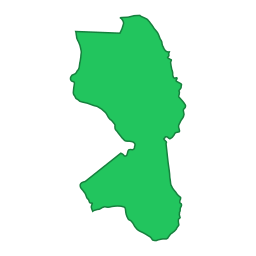 outline of Magdalena, Intibucá, Honduras
{"feature_id": "27666195B97095820119427", "entity_name": "Magdalena", "entity_type": "district", "adm_level": 2, "iso_a3": "HND", "parent_name": "Honduras", "parent_adm1": "Intibucá", "projection": "mercator", "projection_center": [-88.37, 13.92], "detail": "fine", "context": "isolated", "style": "filled", "palette": "green", "viewbox_px": 256, "rotation_deg": 0, "n_neighbors": 0, "source": "geoboundaries", "source_scale": "gbopen_adm2", "svg_char_len": 5761}
<svg xmlns="http://www.w3.org/2000/svg" viewBox="0 0 256 256"><path d="M75.7,31.5L76.0,32.4L76.1,33.2L76.3,34.9L76.6,36.7L76.7,37.9L77.8,40.6L78.0,40.8L78.6,42.0L80.0,45.5L80.5,47.7L80.9,49.6L81.2,51.0L81.3,52.5L81.0,54.6L80.8,57.1L80.2,61.2L79.8,62.9L79.2,67.4L79.0,68.0L78.7,68.8L78.5,69.3L78.1,69.9L77.8,70.2L77.2,70.9L76.4,72.4L76.0,73.0L75.6,73.3L75.1,73.8L74.7,74.0L72.0,75.2L70.7,77.2L70.5,78.0L70.5,78.6L70.5,79.2L70.8,79.9L71.1,80.5L71.5,80.9L72.0,81.2L72.7,81.5L73.4,81.7L73.8,81.9L74.2,82.3L74.4,82.9L74.4,83.8L73.7,88.2L73.4,91.3L73.3,92.7L73.4,93.3L73.5,94.0L73.8,94.7L74.1,95.2L74.8,96.1L75.5,97.6L75.9,98.3L76.2,98.6L78.3,99.9L79.7,101.2L80.8,101.6L82.6,102.1L85.2,102.7L87.4,103.2L93.4,105.4L94.4,105.7L96.1,106.1L97.2,106.4L97.9,106.8L101.8,109.2L102.4,109.8L104.9,112.0L105.8,112.9L106.8,114.4L108.4,117.3L109.3,118.5L110.2,119.5L111.3,120.2L111.8,120.7L114.4,123.9L114.8,124.5L115.0,125.2L115.0,125.7L114.9,126.8L115.0,127.7L115.1,128.7L115.3,129.1L115.6,129.7L116.1,130.3L117.2,131.5L118.3,133.1L119.1,134.1L120.8,136.2L121.9,137.7L123.2,139.0L124.4,140.3L124.7,140.5L125.2,140.8L125.9,141.0L126.8,141.1L127.7,141.2L129.5,141.2L131.2,141.5L132.2,141.7L133.0,142.0L133.9,142.6L134.6,143.4L134.9,144.0L135.0,144.7L135.0,145.4L134.8,145.9L134.6,146.5L134.4,148.1L134.3,148.5L134.1,148.7L133.5,149.3L133.1,149.5L132.8,149.7L131.9,149.7L130.6,149.5L130.0,149.6L129.3,149.7L128.9,149.8L128.7,150.0L128.3,150.5L128.0,151.1L127.2,154.0L126.9,154.9L126.6,155.4L126.2,155.7L125.7,156.0L125.3,156.1L125.0,156.1L124.6,156.0L124.1,155.7L123.8,155.3L123.4,154.8L122.8,154.3L121.9,153.7L120.8,153.2L85.2,181.5L84.0,181.8L82.4,182.4L81.8,182.7L81.3,183.1L80.9,183.5L80.6,183.9L80.4,184.3L80.2,184.8L80.2,185.4L80.2,186.0L80.4,186.7L80.5,187.2L80.9,188.0L81.5,188.8L82.1,189.5L83.0,190.5L83.8,191.7L84.5,192.5L85.0,193.2L85.4,194.0L85.8,194.9L86.6,197.2L86.9,197.8L87.2,198.3L87.5,198.7L87.8,199.0L88.2,199.1L88.4,199.4L88.9,200.5L89.4,202.0L89.8,202.6L90.0,202.8L90.3,203.0L91.2,203.0L91.9,203.2L92.3,203.3L92.3,203.5L92.0,204.3L91.4,206.1L91.3,206.8L91.3,207.3L91.8,209.0L92.2,210.0L92.7,211.3L93.7,210.6L95.2,210.1L97.3,209.5L97.9,209.4L98.9,209.3L99.6,209.1L100.9,208.4L102.1,207.6L104.7,206.7L107.3,207.2L108.4,207.2L109.9,207.0L111.5,206.6L112.8,206.4L115.5,206.1L117.5,206.0L119.8,206.1L121.0,206.2L122.2,206.5L123.7,206.9L124.4,207.2L124.7,207.4L125.0,207.8L125.2,208.4L125.4,209.0L125.8,212.4L126.2,214.4L126.6,215.5L126.9,216.4L127.7,218.0L128.1,218.8L128.4,219.3L129.0,219.8L129.4,220.0L130.1,220.3L130.5,220.5L131.3,221.2L131.8,221.8L133.0,223.3L134.7,226.4L136.8,229.0L137.7,229.8L138.7,230.5L140.1,231.3L142.9,232.6L145.8,234.2L147.2,235.1L149.0,236.2L149.7,236.6L150.5,237.2L150.9,237.6L152.5,239.9L152.8,240.1L154.4,240.5L155.8,240.6L156.6,240.5L157.6,240.0L158.4,239.8L161.0,239.2L163.1,238.9L166.2,238.9L166.4,238.9L167.7,238.2L167.9,237.7L170.6,234.0L172.1,233.0L173.3,232.0L174.4,231.2L175.4,230.1L176.3,229.1L176.5,228.8L176.7,228.1L176.9,227.8L177.5,226.9L178.3,225.9L178.7,225.3L178.8,225.0L178.8,224.4L178.7,223.9L178.5,223.1L178.4,221.9L178.3,221.0L178.4,219.9L178.5,219.4L178.8,218.8L179.5,218.3L180.1,217.7L179.3,214.8L179.3,214.0L179.5,213.2L179.4,212.6L180.1,210.9L180.2,208.8L180.4,208.0L180.6,207.4L181.1,206.6L181.3,206.0L181.5,205.4L181.5,204.8L181.4,204.3L181.2,203.8L180.9,203.6L180.2,203.1L179.9,202.7L179.7,202.3L179.9,200.4L180.3,199.7L180.5,199.1L180.6,198.6L180.6,197.4L178.4,195.6L177.1,194.2L175.6,192.0L173.9,190.0L172.6,188.2L170.9,184.8L170.6,183.3L170.3,180.5L169.8,177.4L169.6,173.9L169.2,170.4L168.1,162.6L167.4,156.3L166.0,143.3L166.2,143.0L166.4,142.8L166.4,142.2L166.3,141.9L166.2,141.7L164.0,139.4L163.9,139.2L163.8,138.9L163.9,138.7L164.0,138.5L164.6,138.1L164.8,137.9L165.0,137.6L165.1,137.2L165.5,136.8L166.0,136.7L166.6,136.8L167.3,137.0L167.7,137.2L168.5,138.0L169.3,138.5L169.8,138.8L170.1,138.7L171.4,137.9L172.1,137.4L172.4,137.1L173.9,135.2L174.2,134.7L174.7,133.7L175.1,133.2L175.3,132.9L175.7,132.7L176.3,132.5L178.8,131.9L179.3,131.7L179.5,131.2L179.5,130.6L179.2,129.3L178.7,127.6L178.6,127.1L178.6,126.1L178.7,125.1L179.0,124.5L180.9,120.6L182.7,118.0L183.2,117.1L183.5,116.4L183.8,115.2L184.0,114.3L183.4,111.0L183.3,110.4L183.4,109.9L183.5,109.5L183.9,109.0L184.1,108.6L184.6,108.2L185.1,107.6L185.4,106.8L185.5,106.1L185.5,105.6L185.2,104.8L184.8,104.2L183.9,102.8L182.8,101.4L180.0,98.2L179.0,97.2L178.8,96.8L178.7,96.3L178.8,95.9L178.8,95.4L179.2,94.3L179.4,92.5L179.4,92.0L179.3,91.7L179.0,91.3L178.9,90.9L179.1,90.6L179.4,90.0L179.7,89.6L180.4,88.8L180.9,88.0L181.1,87.4L181.2,86.0L181.5,84.9L181.5,84.5L181.3,84.1L180.7,83.6L177.0,81.6L176.4,81.2L176.1,80.9L176.1,80.4L176.3,79.8L176.4,79.5L176.9,79.0L177.0,78.7L177.0,78.2L176.9,78.0L176.8,77.8L176.6,77.7L176.1,77.8L174.6,78.2L174.4,78.2L173.7,77.6L173.4,77.3L173.2,76.9L172.7,75.0L172.7,73.1L172.6,72.2L172.2,70.6L171.7,69.3L171.5,68.1L171.1,66.2L170.7,63.4L170.6,62.3L170.9,61.3L171.3,60.5L171.3,60.2L171.3,59.9L171.1,59.7L170.9,59.6L169.9,59.2L168.5,58.4L167.9,57.9L167.7,57.7L167.6,57.4L167.8,57.1L168.9,55.8L168.9,54.7L168.6,54.0L168.6,53.9L169.3,51.9L168.4,52.0L167.3,51.8L166.8,51.6L166.1,51.2L165.5,50.8L165.2,50.5L164.4,49.3L163.7,48.3L163.5,48.0L163.5,47.3L162.9,46.5L162.5,45.5L162.1,44.1L161.8,42.0L161.6,41.4L161.1,40.4L160.3,39.2L160.0,38.6L158.7,35.1L158.0,33.6L157.5,32.7L156.8,31.7L154.0,28.4L153.4,27.3L151.7,24.8L150.4,23.2L149.3,21.6L149.0,21.3L148.5,20.8L147.8,19.9L146.9,19.1L145.1,18.2L142.2,16.9L140.5,16.1L140.2,15.8L140.0,15.5L139.8,15.4L135.5,15.6L134.1,15.7L128.1,17.2L122.1,17.5L120.7,17.6L120.4,17.9L120.5,18.1L121.0,18.2L121.3,18.4L122.9,20.7L123.4,22.0L123.5,22.7L123.6,23.2L123.5,23.8L123.3,24.5L122.1,28.5L120.9,31.2L119.9,33.2L75.7,31.5Z" fill="#22c55e" stroke="#15803d" stroke-width="1.5"/></svg>